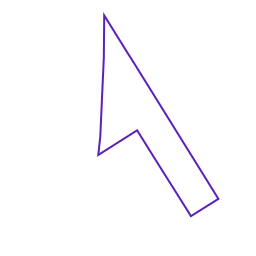 Bir Moghrein, Tiris Zemmour, Mauritania (Mercator projection), rotated 238°
{"feature_id": "47542326B49457561972338", "entity_name": "Bir Moghrein", "entity_type": "district", "adm_level": 2, "iso_a3": "MRT", "parent_name": "Mauritania", "parent_adm1": "Tiris Zemmour", "projection": "mercator", "projection_center": [-8.377, 26.182], "detail": "fine", "context": "isolated", "style": "outline", "palette": "violet", "viewbox_px": 256, "rotation_deg": 238, "n_neighbors": 0, "source": "geoboundaries", "source_scale": "gbopen_adm2", "svg_char_len": 316}
<svg xmlns="http://www.w3.org/2000/svg" viewBox="0 0 256 256"><g transform="rotate(238 128 128)"><path d="M183.8,167.5L190.4,167.4L236.1,167.5L200.5,144.8L166.7,121.5L135.2,99.8L120.9,88.5L121.2,134.5L80.0,134.5L27.8,134.7L19.9,134.6L20.0,167.1L183.8,167.5Z" fill="none" stroke="#5b21b6" stroke-width="2"/></g></svg>